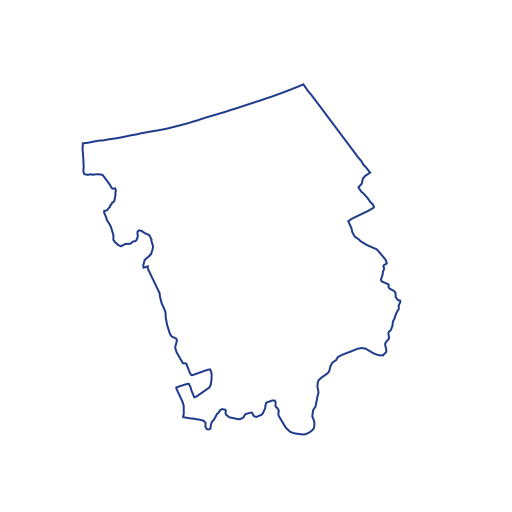 the district of Taxisco, Santa Rosa, Guatemala, rotated 152°
{"feature_id": "79465075B64159565485617", "entity_name": "Taxisco", "entity_type": "district", "adm_level": 2, "iso_a3": "GTM", "parent_name": "Guatemala", "parent_adm1": "Santa Rosa", "projection": "orthographic", "projection_center": [-90.543, 14.04], "detail": "fine", "context": "isolated", "style": "outline", "palette": "blue", "viewbox_px": 512, "rotation_deg": 152, "n_neighbors": 0, "source": "geoboundaries", "source_scale": "gbopen_adm2", "svg_char_len": 5404}
<svg xmlns="http://www.w3.org/2000/svg" viewBox="0 0 512 512"><g transform="rotate(152 256 256)"><path d="M116.1,276.0L117.2,282.3L118.3,286.2L118.4,290.1L120.0,297.4L119.9,298.3L120.4,301.0L128.9,355.8L130.4,365.2L131.5,372.2L132.6,376.9L133.6,385.3L138.0,385.7L149.2,386.9L154.5,387.6L161.4,388.5L167.1,389.3L174.0,390.5L179.2,391.3L186.3,392.6L197.8,394.6L203.4,395.5L209.3,396.7L215.1,397.6L220.2,398.7L224.8,399.6L227.3,400.1L231.9,401.1L235.8,401.9L238.3,402.3L241.8,402.9L243.8,403.2L247.9,404.1L252.8,405.0L255.3,405.5L266.9,408.3L269.3,408.9L272.7,409.7L278.0,411.2L281.6,412.3L289.6,415.0L295.2,416.8L297.9,417.7L299.8,418.3L303.7,419.2L310.2,421.4L315.6,422.9L320.6,424.4L323.1,425.2L327.1,426.6L332.6,428.6L335.4,429.4L336.7,429.8L337.7,430.2L338.8,430.9L340.6,431.6L345.1,433.1L348.3,434.0L352.1,435.2L356.0,436.8L357.0,435.0L359.0,431.7L361.7,425.4L366.5,415.2L368.0,413.1L369.1,410.3L369.1,408.8L366.4,406.6L363.6,405.8L362.6,404.7L357.9,402.8L354.5,400.6L353.5,399.7L353.0,397.3L351.6,388.0L351.5,383.7L350.9,382.7L348.6,381.8L349.1,379.3L350.3,378.0L351.7,375.5L355.3,371.1L356.8,370.5L357.9,370.7L359.9,369.2L361.0,369.1L362.0,367.9L363.2,367.6L365.4,366.5L367.5,366.5L368.8,367.1L369.8,365.4L370.2,359.6L370.6,359.1L370.8,357.7L370.4,353.5L370.4,350.0L372.1,341.4L374.3,337.3L374.0,334.0L372.9,332.0L372.9,331.0L370.6,327.9L365.7,328.0L362.4,326.3L361.1,325.8L357.9,326.5L355.5,325.8L354.0,326.2L351.1,328.8L350.1,331.6L349.1,333.1L347.4,333.6L345.0,331.7L344.9,330.8L344.0,329.8L343.7,328.6L341.1,325.4L340.4,324.3L340.6,319.4L341.1,319.0L342.5,312.5L344.8,309.8L347.9,306.8L348.8,306.9L349.4,306.3L356.1,304.8L359.6,301.0L360.2,300.3L360.5,299.3L360.7,298.4L356.5,297.7L357.2,296.7L357.5,294.0L358.6,268.3L359.9,265.2L361.5,258.4L362.0,250.5L362.6,248.1L364.5,244.3L366.8,237.1L368.5,228.0L368.3,224.7L367.8,224.0L365.1,220.3L365.3,219.5L365.4,218.9L365.7,218.4L366.1,217.8L367.1,216.7L369.7,214.0L370.5,212.6L371.3,208.4L370.9,195.7L370.1,195.1L369.1,194.6L368.5,194.1L368.1,193.6L369.2,184.2L369.2,181.7L368.4,180.7L351.9,178.2L349.7,177.3L350.3,173.2L353.6,167.2L355.0,165.6L355.5,164.7L356.0,164.0L358.8,161.8L374.5,159.9L376.8,160.2L376.2,167.3L375.4,171.1L375.4,174.8L378.3,175.7L388.1,177.4L388.6,175.6L389.3,162.2L390.2,157.4L390.6,156.9L394.0,150.3L395.7,148.6L395.9,147.8L388.1,141.9L387.3,141.8L385.6,140.0L384.2,139.1L383.1,138.4L381.1,136.5L379.5,135.1L379.4,133.9L378.9,132.8L379.0,132.2L380.8,129.0L380.8,126.6L380.3,125.8L379.6,125.3L378.7,124.9L377.6,124.9L377.0,125.2L376.6,125.9L375.9,126.9L375.2,128.0L372.8,130.3L371.0,130.9L369.9,131.3L364.4,134.9L362.9,135.1L360.3,136.6L357.9,136.8L355.3,134.7L355.3,133.4L356.7,131.7L356.9,129.8L355.3,126.1L350.1,121.8L348.6,120.4L346.5,119.4L342.9,119.3L342.3,119.7L341.6,120.3L339.5,121.3L334.1,120.2L333.0,119.3L333.2,116.6L332.7,115.1L331.2,113.7L325.7,113.2L323.6,114.0L319.5,117.2L317.4,120.1L315.7,121.7L309.5,120.8L307.3,119.5L307.4,117.4L309.2,114.6L309.2,112.8L308.5,111.8L308.5,108.8L310.5,105.8L311.0,104.2L310.3,90.5L308.5,85.0L308.2,84.5L307.6,83.7L307.1,83.3L306.0,81.9L300.7,78.0L297.9,76.1L295.6,75.3L291.4,75.2L287.8,75.8L285.7,76.8L283.1,80.4L282.0,84.2L281.6,87.9L279.9,90.4L277.7,93.2L274.1,95.2L267.9,102.8L264.8,106.3L263.0,112.0L261.5,114.3L260.6,115.6L258.8,117.0L254.7,118.0L247.7,118.8L245.1,120.2L242.3,123.5L238.6,126.0L234.1,126.5L231.3,128.3L226.2,128.3L220.3,127.6L219.2,127.4L209.8,126.4L206.1,125.2L202.8,122.9L197.8,114.7L195.7,112.3L194.6,111.2L193.6,110.4L192.2,109.5L190.4,108.6L189.9,109.0L188.7,109.3L188.0,109.5L187.3,109.7L186.6,109.9L185.9,110.4L185.2,111.7L184.9,112.4L184.6,113.2L184.3,114.5L184.1,115.5L183.9,116.3L183.5,117.2L183.1,117.9L182.6,118.2L182.1,118.7L181.3,119.1L180.6,119.4L179.7,119.7L179.0,119.9L178.4,120.1L177.6,120.6L177.0,121.2L176.6,122.2L176.4,122.7L176.2,123.3L176.0,124.0L175.7,124.8L175.5,125.3L174.9,126.2L174.2,126.7L173.7,126.9L172.7,127.0L172.1,127.2L171.4,127.5L170.8,128.0L170.4,128.4L169.9,128.9L169.4,129.4L168.8,129.9L168.0,130.6L167.4,131.6L167.0,132.2L166.4,133.1L165.8,133.9L165.0,134.5L164.0,135.1L163.0,135.8L162.5,136.3L161.5,137.3L160.9,138.0L160.2,138.6L159.4,139.3L158.2,140.1L157.3,140.7L156.1,141.5L155.4,141.8L154.9,142.2L154.4,143.0L154.1,143.6L153.8,144.4L153.3,145.1L152.8,145.5L152.4,146.0L151.8,146.4L151.3,146.8L150.5,147.4L149.8,148.2L149.8,149.2L150.6,149.8L151.2,150.2L151.6,151.2L151.7,152.3L151.8,153.6L151.8,154.7L151.4,155.3L151.0,156.0L150.7,156.7L150.3,157.7L150.2,158.3L150.2,159.2L150.5,160.1L150.8,160.6L151.3,161.5L152.0,162.5L152.7,163.6L153.1,164.1L153.5,165.0L153.6,165.9L153.4,166.7L152.9,167.4L152.5,167.7L152.4,168.8L152.7,169.2L153.3,169.9L153.6,170.4L153.9,170.8L154.3,171.3L155.2,172.4L155.9,173.2L156.5,173.8L156.9,174.8L157.0,175.9L156.6,176.7L155.2,177.9L154.5,178.7L153.6,179.5L152.9,180.2L152.6,180.6L152.2,181.2L151.9,181.7L151.5,182.4L150.8,183.0L150.0,183.5L149.5,183.9L148.9,184.6L148.7,185.1L148.5,186.2L148.4,187.0L148.0,187.6L147.0,187.9L145.7,187.9L144.9,187.9L143.9,188.2L143.3,191.8L146.0,204.5L146.6,205.8L148.1,207.4L153.4,214.3L156.9,220.4L157.3,222.1L159.7,226.8L159.8,231.7L158.7,235.5L158.2,243.4L154.0,243.9L135.7,243.2L129.9,243.4L128.8,243.9L128.6,246.5L129.7,249.8L130.3,254.9L132.0,261.6L132.9,263.4L133.3,268.5L132.6,268.9L132.1,269.1L130.6,269.5L129.0,270.1L128.2,270.7L125.3,274.2L123.4,274.9L121.8,275.5L116.1,276.0Z" fill="none" stroke="#1e3a8a" stroke-width="2"/></g></svg>